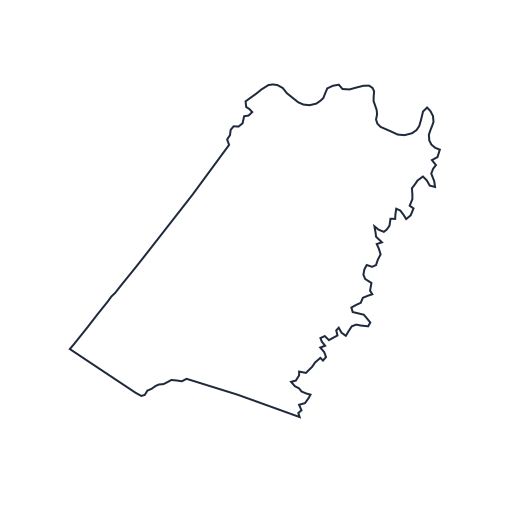 Engenheiro Beltrão, Paraná, Brazil (Mercator projection), rotated 350°
{"feature_id": "56859067B7078612877165", "entity_name": "Engenheiro Beltrão", "entity_type": "district", "adm_level": 2, "iso_a3": "BRA", "parent_name": "Brazil", "parent_adm1": "Paraná", "projection": "mercator", "projection_center": [-52.222, -23.762], "detail": "fine", "context": "isolated", "style": "outline", "palette": "slate", "viewbox_px": 512, "rotation_deg": 350, "n_neighbors": 0, "source": "geoboundaries", "source_scale": "gbopen_adm2", "svg_char_len": 2409}
<svg xmlns="http://www.w3.org/2000/svg" viewBox="0 0 512 512"><g transform="rotate(350 256 256)"><path d="M367.3,101.7L361.3,101.7L355.3,103.3L351.7,108.9L349.7,112.2L346.2,114.4L341.9,116.4L335.0,116.8L329.0,115.1L324.3,112.0L314.7,101.1L311.5,95.2L306.8,91.4L302.5,90.0L298.0,89.8L290.1,93.0L284.8,96.0L277.7,99.4L272.6,101.9L272.2,107.5L274.9,110.0L277.3,113.6L273.0,116.4L268.6,116.3L265.8,123.0L261.3,125.5L256.5,124.4L253.0,127.3L251.4,132.4L247.8,136.3L248.8,141.9L204.1,184.6L172.7,212.9L145.6,237.3L136.3,245.6L117.2,262.2L110.9,267.9L106.5,270.8L102.0,275.2L90.0,285.7L77.6,297.0L65.4,307.7L61.1,311.5L56.5,315.3L74.6,332.6L113.9,370.0L118.8,373.9L122.3,373.5L125.7,369.7L130.0,368.7L134.7,366.5L138.2,365.7L142.6,366.1L147.0,364.8L151.2,363.4L156.8,365.0L161.2,366.5L166.3,364.9L213.6,389.3L271.0,422.2L270.4,418.0L274.0,415.8L272.6,410.0L278.7,409.4L282.9,405.3L285.6,402.0L281.2,399.9L277.3,397.3L275.4,393.8L271.7,391.0L268.7,386.0L273.6,385.6L277.7,381.1L278.4,377.3L284.9,379.8L289.1,376.9L292.0,374.9L295.6,371.2L301.7,367.5L303.8,370.6L307.4,367.7L306.5,362.5L303.4,357.3L308.5,356.4L305.9,351.7L305.2,348.0L309.8,346.8L313.2,351.5L322.4,348.4L322.1,343.2L325.0,341.0L326.9,346.4L330.6,350.2L334.6,345.6L338.2,341.8L342.9,341.0L347.2,342.7L354.2,344.7L357.0,341.4L353.8,335.6L351.9,332.5L348.0,330.8L341.5,328.0L341.0,323.3L346.3,321.5L351.0,320.3L354.0,315.7L359.6,314.5L363.9,313.9L362.3,310.0L365.0,302.6L359.6,297.7L358.5,293.2L360.4,288.0L363.5,284.1L368.4,286.8L372.6,285.8L375.4,280.7L379.0,276.0L378.2,270.0L377.0,265.2L382.4,264.4L377.6,257.9L377.8,253.5L377.8,247.3L381.2,251.3L386.1,254.4L389.3,252.7L392.7,249.4L394.9,242.7L399.5,243.6L400.5,239.3L402.3,233.8L406.0,236.3L408.5,241.2L410.3,245.7L415.4,242.8L419.4,236.5L416.1,233.2L419.9,227.1L420.7,222.4L421.3,216.4L425.7,212.3L428.2,209.7L434.2,206.7L437.4,211.3L439.3,216.8L444.3,219.1L444.5,213.3L442.9,205.3L445.6,200.8L449.0,197.7L445.9,192.1L451.9,190.1L455.5,183.2L451.3,180.6L448.1,176.8L446.7,172.3L447.3,166.6L449.7,162.2L452.0,158.5L454.1,154.8L454.6,148.9L453.0,143.7L450.3,139.5L445.6,142.7L442.1,150.7L439.3,156.4L435.9,159.9L430.9,162.2L423.3,162.8L416.6,161.0L410.3,156.6L401.1,150.5L398.5,146.7L397.9,142.5L399.8,137.6L400.2,133.2L398.7,123.9L399.5,119.6L400.9,114.4L400.0,110.8L397.0,107.9L391.5,107.0L384.4,107.5L377.0,108.2L370.2,106.6L367.3,101.7Z" fill="none" stroke="#1e293b" stroke-width="2"/></g></svg>